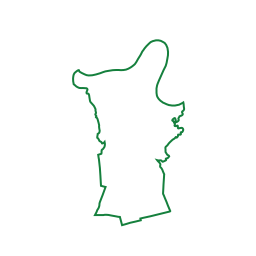 outline of Go Cong, Tiền Giang, Vietnam, rotated 22°
{"feature_id": "81297802B95868582932177", "entity_name": "Go Cong", "entity_type": "district", "adm_level": 2, "iso_a3": "VNM", "parent_name": "Vietnam", "parent_adm1": "Tiền Giang", "projection": "natural_earth1", "projection_center": [106.661, 10.409], "detail": "fine", "context": "isolated", "style": "outline", "palette": "green", "viewbox_px": 256, "rotation_deg": 22, "n_neighbors": 0, "source": "geoboundaries", "source_scale": "gbopen_adm2", "svg_char_len": 5672}
<svg xmlns="http://www.w3.org/2000/svg" viewBox="0 0 256 256"><g transform="rotate(22 128 128)"><path d="M60.7,92.8L60.5,93.0L59.9,93.4L59.0,94.8L57.9,96.9L57.7,98.2L57.7,99.3L58.0,100.8L58.5,102.6L59.6,105.1L60.8,107.0L61.3,107.8L62.2,108.0L64.4,108.8L65.5,109.0L66.7,109.1L67.1,109.1L67.8,109.1L68.5,108.9L69.4,108.6L70.8,108.0L71.9,107.6L73.1,107.2L74.4,106.8L74.7,106.7L75.1,106.8L75.4,106.9L75.5,107.0L75.9,107.3L76.0,107.6L76.1,108.1L76.1,109.9L76.2,110.5L76.3,110.8L76.4,111.0L76.8,111.4L77.0,111.4L77.3,111.4L77.9,111.1L78.2,111.1L78.5,111.1L79.1,111.5L79.6,112.1L80.1,112.9L80.6,113.8L81.4,115.1L82.0,116.1L82.7,117.2L83.4,117.9L83.9,118.2L85.2,118.8L86.2,119.3L87.4,119.9L87.8,120.1L88.4,120.5L89.3,121.3L90.3,122.2L90.7,122.6L91.0,123.1L91.1,123.3L91.2,123.7L91.4,124.1L91.9,124.8L92.7,126.0L92.7,126.4L92.7,126.7L92.6,126.9L92.6,127.4L92.6,127.6L92.8,127.9L93.3,128.2L93.7,128.4L94.0,128.6L94.2,128.8L94.3,129.2L94.2,129.4L94.1,129.7L94.1,129.9L94.2,130.0L94.4,130.1L95.1,130.1L95.4,130.3L95.8,130.6L96.3,131.0L98.7,134.1L99.9,135.8L100.2,136.2L100.4,136.8L100.7,137.7L101.6,139.3L102.8,141.2L103.0,142.1L103.1,142.7L103.1,143.2L102.9,143.6L102.7,144.0L102.3,144.6L102.1,144.9L102.4,145.7L102.7,147.3L103.1,148.5L103.4,148.7L103.8,148.7L104.2,148.9L104.4,149.0L105.4,149.8L106.0,150.4L106.6,150.8L107.0,150.8L108.3,151.0L108.5,151.0L109.0,151.3L109.2,151.5L109.5,151.9L109.7,152.0L109.9,151.9L110.0,151.9L110.3,151.7L110.7,151.3L111.1,150.8L111.3,150.4L111.4,150.0L111.5,149.7L112.6,151.5L113.0,152.8L113.2,153.9L113.2,154.7L112.7,156.8L112.1,157.7L111.9,158.3L112.2,159.5L112.8,161.0L112.9,161.9L110.4,164.0L112.1,166.9L112.3,167.2L112.6,167.6L116.9,175.6L120.2,182.4L124.6,191.7L126.5,191.5L129.3,191.1L129.5,197.4L129.6,199.9L129.6,201.4L129.7,207.5L129.8,208.3L129.9,208.9L130.2,209.7L130.3,210.0L130.5,210.7L130.6,211.2L130.7,212.5L130.7,213.0L130.6,214.1L130.3,215.3L130.3,216.4L130.3,218.0L130.0,221.1L137.0,218.3L137.7,218.0L138.8,217.3L139.6,216.9L141.6,216.2L142.6,215.9L144.8,215.5L150.1,214.4L152.2,214.0L153.8,213.5L158.9,220.3L161.9,218.0L165.6,215.0L169.8,212.1L174.4,208.8L173.4,207.3L175.6,205.7L178.7,203.6L180.0,202.7L181.5,201.7L190.1,195.5L197.3,190.3L198.1,189.7L198.3,189.3L198.3,189.2L198.0,188.9L194.0,184.9L191.5,182.2L188.4,179.1L186.7,177.3L185.2,175.9L185.1,175.7L184.8,174.9L183.4,170.8L182.1,167.1L179.7,159.8L179.1,158.1L178.9,157.3L178.5,157.0L177.3,155.8L176.5,155.0L175.9,154.3L175.5,153.9L174.4,153.0L173.6,152.5L172.9,152.3L172.6,152.1L172.4,151.9L172.2,151.6L172.0,151.2L171.9,150.7L171.8,150.2L171.7,149.8L171.4,149.3L171.0,148.9L169.6,148.1L168.1,147.5L167.1,146.9L168.0,146.8L168.6,146.6L170.3,145.8L170.8,145.7L171.1,145.7L171.4,145.8L171.7,145.9L172.0,146.1L172.3,146.2L172.7,146.3L173.0,146.1L173.4,145.8L174.8,144.3L175.2,143.8L175.3,143.6L175.3,143.3L175.1,143.1L174.9,143.0L174.7,142.6L174.6,142.4L174.7,142.1L174.9,141.9L175.3,141.7L175.7,141.3L176.2,140.8L176.4,140.2L176.6,139.6L176.8,138.9L176.5,138.6L176.3,138.4L175.7,138.2L175.3,138.2L174.9,138.2L174.5,138.1L174.1,137.9L173.2,137.2L171.9,136.3L171.6,135.7L171.3,135.0L170.9,134.0L170.5,133.2L170.2,132.6L170.0,132.0L170.0,131.7L170.1,131.2L170.7,130.0L171.1,129.0L171.4,127.7L171.8,126.4L172.4,125.0L172.9,123.9L173.6,122.4L174.1,121.6L174.9,120.6L175.2,120.0L175.5,119.2L175.6,118.8L175.7,118.5L175.9,118.4L176.0,118.4L176.2,118.6L176.3,118.8L176.5,118.8L176.9,118.5L177.1,118.0L177.3,117.4L177.3,117.0L177.3,116.2L177.1,116.0L177.0,115.7L177.0,115.4L177.7,115.0L179.0,114.6L179.2,114.4L179.3,114.2L179.3,113.7L179.2,113.5L179.0,113.3L178.7,112.8L178.6,112.5L178.6,112.3L178.8,112.0L179.4,111.7L179.8,111.4L179.9,111.0L180.0,110.6L180.0,109.9L180.0,109.5L179.9,109.1L179.8,108.8L179.6,108.5L179.3,108.2L179.0,108.0L178.7,107.8L178.4,107.7L178.0,107.7L177.6,107.8L176.2,108.6L175.6,109.0L175.1,109.4L174.9,109.5L174.7,109.5L174.3,109.3L174.1,109.0L173.5,107.6L173.2,107.3L172.8,107.3L172.3,107.8L171.8,108.2L171.5,108.4L171.2,108.5L170.6,108.6L170.3,108.4L170.2,108.1L170.1,107.8L170.1,107.4L170.1,107.2L170.1,106.8L169.9,106.4L169.7,106.3L169.1,106.0L168.7,105.8L168.2,105.2L167.6,104.8L167.2,104.6L166.6,104.6L166.2,104.3L166.2,104.1L166.2,103.8L166.2,103.4L167.0,101.9L167.3,101.5L167.4,101.4L167.7,101.3L167.9,101.4L168.2,101.5L168.4,101.8L169.0,102.4L169.2,102.7L169.4,103.0L169.4,103.6L169.4,104.0L169.5,104.3L169.7,104.5L169.9,104.6L170.3,104.6L170.7,104.4L171.4,103.6L171.9,102.7L172.0,102.4L172.1,102.1L172.1,101.8L172.0,101.6L171.9,101.3L171.4,100.7L171.2,100.4L171.2,99.8L171.2,99.4L171.3,99.0L171.4,98.7L171.4,98.3L171.4,98.2L171.4,97.9L172.2,97.0L172.6,96.8L173.1,96.2L173.4,95.8L173.5,95.5L173.6,95.2L173.6,94.7L173.3,94.2L173.1,94.0L172.8,93.8L172.6,93.6L172.3,93.3L172.2,93.1L172.1,92.8L172.1,92.4L172.3,92.1L172.6,91.5L172.9,90.9L173.0,90.2L173.0,89.7L172.8,89.1L171.6,87.0L171.1,86.0L170.5,84.8L169.7,83.6L168.9,84.7L166.6,87.3L163.1,89.6L160.3,90.7L158.1,91.2L157.5,91.4L154.9,91.5L153.0,91.4L150.6,91.3L149.4,90.9L148.3,90.7L147.2,90.3L145.5,89.5L143.9,88.4L142.7,87.2L141.3,84.8L139.6,80.6L139.0,77.6L138.9,76.0L138.9,72.5L139.3,61.1L139.7,56.3L139.4,53.2L138.5,48.8L137.8,45.6L136.6,42.4L134.6,39.0L132.3,36.7L130.1,35.4L128.0,35.1L125.7,34.9L123.5,35.3L121.0,36.3L118.4,38.2L116.8,39.9L115.7,42.2L114.4,45.3L113.5,48.1L113.1,50.0L112.6,51.8L112.4,54.5L112.2,56.1L111.5,59.9L111.0,63.7L110.5,66.0L110.2,66.7L109.9,67.3L108.9,69.1L107.8,70.8L106.1,72.9L104.3,74.6L102.0,76.0L99.8,77.0L98.0,77.6L95.2,78.7L92.2,80.1L88.7,82.2L85.8,84.0L84.0,85.5L81.6,87.7L78.2,90.4L75.1,92.5L71.9,94.0L69.8,94.5L69.2,94.5L67.4,94.5L64.5,94.3L63.0,94.1L61.9,93.9L61.4,93.5L61.0,92.9L60.7,92.8Z" fill="none" stroke="#15803d" stroke-width="2"/></g></svg>